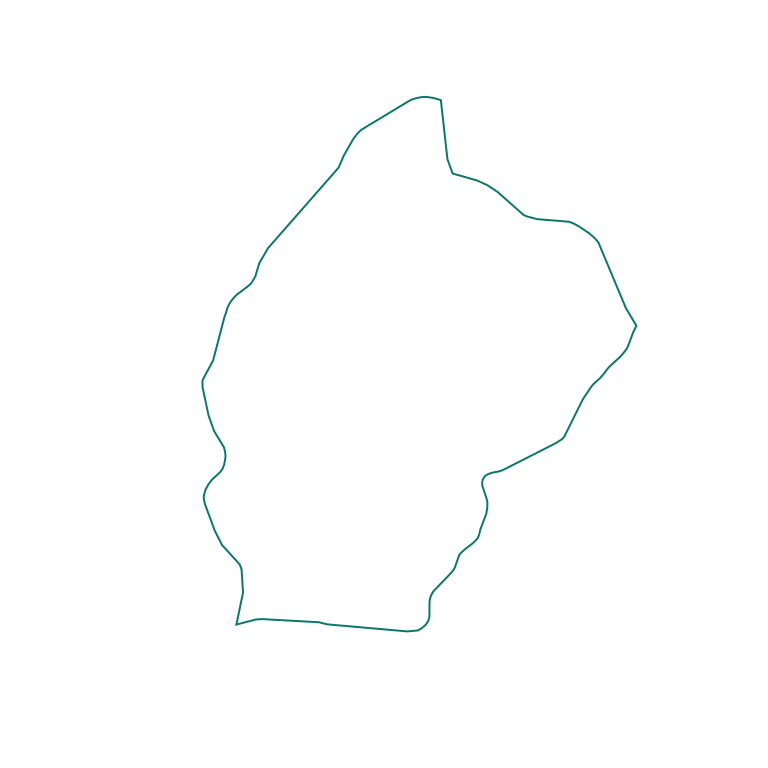 Flores, Natural Earth projection, rotated 236°
{"feature_id": "URY-7", "entity_name": "Flores", "entity_type": "Department", "adm_level": 1, "iso_a3": "URY", "parent_name": "Uruguay", "parent_adm1": "", "projection": "natural_earth1", "projection_center": [-56.945, -33.556], "detail": "fine", "context": "isolated", "style": "outline", "palette": "teal", "viewbox_px": 768, "rotation_deg": 236, "n_neighbors": 0, "source": "natural_earth", "source_scale": "10m", "svg_char_len": 1702}
<svg xmlns="http://www.w3.org/2000/svg" viewBox="0 0 768 768"><g transform="rotate(236 384 384)"><path d="M267.1,127.1L289.9,150.5L309.7,162.1L314.9,163.5L341.1,159.7L357.1,161.7L384.9,168.5L390.5,170.9L392.7,172.7L396.3,177.2L399.0,182.3L401.0,188.3L402.4,198.4L403.8,202.3L406.4,206.3L412.3,212.0L416.7,214.4L420.9,215.9L439.8,216.8L455.9,220.9L482.6,231.7L487.8,235.0L489.5,237.2L499.0,255.4L528.8,289.2L531.0,292.3L534.2,296.1L536.8,300.3L538.3,303.7L539.9,309.2L540.4,312.5L541.2,326.8L541.7,330.1L544.9,337.1L554.0,348.3L561.5,363.9L588.8,467.4L596.0,478.7L604.3,495.5L606.4,501.8L607.5,507.1L604.7,562.4L604.2,566.2L603.2,569.6L602.1,572.7L600.8,575.6L599.3,578.2L597.6,580.5L593.5,584.9L587.6,589.9L534.9,562.3L520.1,558.6L500.5,575.1L490.6,581.1L479.6,585.6L446.5,594.1L444.5,595.2L443.1,596.1L435.0,603.2L415.0,628.2L411.1,630.9L405.5,633.8L393.6,638.6L386.9,640.3L381.4,640.9L311.8,627.0L291.2,625.8L287.3,619.2L278.8,607.3L277.4,604.7L276.4,601.9L274.6,595.8L272.4,580.9L271.3,576.8L270.0,573.4L268.1,566.5L266.8,557.7L265.9,554.4L260.2,540.4L240.0,504.8L239.2,502.6L238.7,500.7L238.9,493.3L246.1,435.1L246.9,431.6L248.0,428.5L249.3,425.8L250.3,423.0L251.1,419.9L251.2,416.3L249.6,412.4L247.3,410.2L244.4,408.5L231.1,404.8L228.2,403.6L223.4,400.2L219.2,396.2L209.3,382.2L207.3,380.2L205.4,378.0L203.9,375.5L202.9,371.9L202.2,367.3L201.9,360.3L200.9,352.7L200.3,351.1L200.2,351.0L200.2,350.8L192.3,340.2L191.0,337.6L190.0,334.7L184.6,309.3L183.4,306.6L181.9,304.0L180.0,301.8L177.9,299.9L165.5,291.4L163.6,289.2L162.1,286.8L161.0,283.6L160.5,279.7L160.7,274.3L166.0,264.8L216.6,202.4L222.9,196.8L257.4,151.3L260.5,145.9L267.1,127.1Z" fill="none" stroke="#0f766e" stroke-width="2"/></g></svg>